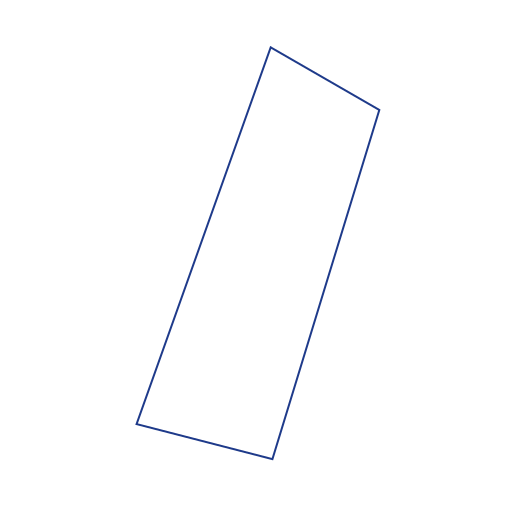 Niulakita, Tuvalu (Mercator projection), rotated 80°
{"feature_id": "33948139B18258298455850", "entity_name": "Niulakita", "entity_type": "district", "adm_level": 2, "iso_a3": "TUV", "parent_name": "Tuvalu", "parent_adm1": "", "projection": "mercator", "projection_center": [179.471, -10.79], "detail": "fine", "context": "isolated", "style": "outline", "palette": "blue", "viewbox_px": 512, "rotation_deg": 80, "n_neighbors": 0, "source": "geoboundaries", "source_scale": "gbopen_adm2", "svg_char_len": 224}
<svg xmlns="http://www.w3.org/2000/svg" viewBox="0 0 512 512"><g transform="rotate(80 256 256)"><path d="M133.6,109.2L53.1,205.3L400.8,402.8L458.9,275.1L133.6,109.2Z" fill="none" stroke="#1e3a8a" stroke-width="2"/></g></svg>